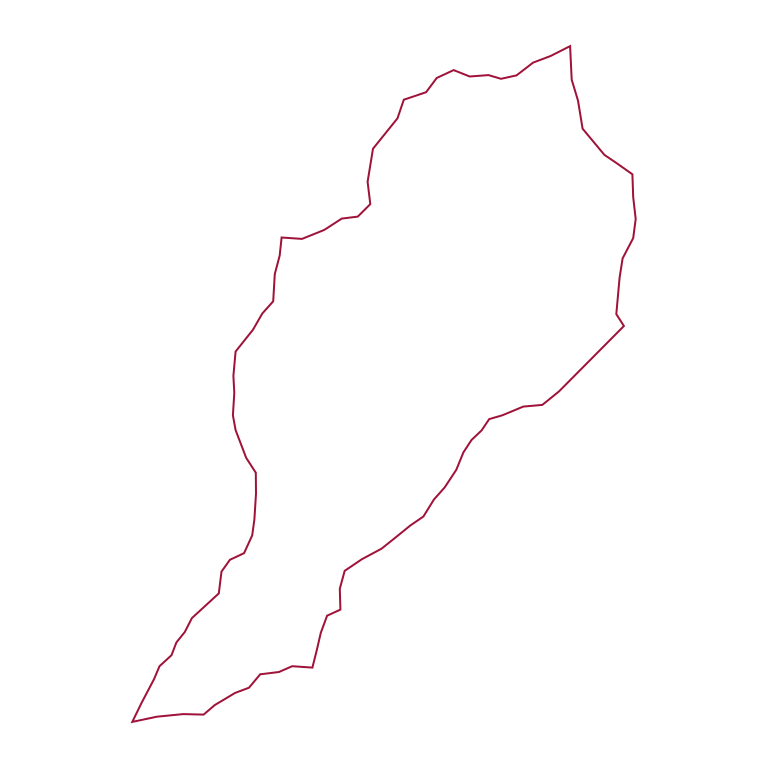 Santa Salete, São Paulo, Brazil
{"feature_id": "56859067B39961263989450", "entity_name": "Santa Salete", "entity_type": "district", "adm_level": 2, "iso_a3": "BRA", "parent_name": "Brazil", "parent_adm1": "São Paulo", "projection": "orthographic", "projection_center": [-50.728, -20.265], "detail": "fine", "context": "isolated", "style": "outline", "palette": "rose", "viewbox_px": 768, "rotation_deg": 0, "n_neighbors": 0, "source": "geoboundaries", "source_scale": "gbopen_adm2", "svg_char_len": 1231}
<svg xmlns="http://www.w3.org/2000/svg" viewBox="0 0 768 768"><path d="M281.6,237.5L279.7,255.5L274.8,274.0L273.2,301.3L262.3,313.5L253.0,329.7L235.6,351.5L233.4,375.9L234.3,393.0L232.9,415.3L235.6,430.1L246.2,457.9L255.8,472.7L256.0,493.6L254.4,519.4L252.2,535.4L244.1,553.1L229.9,559.8L221.5,571.6L218.8,593.4L191.9,618.1L184.8,632.0L176.4,642.4L171.5,655.2L159.5,666.2L154.1,679.0L141.6,702.8L132.3,721.9L156.8,716.7L183.2,714.1L203.6,714.6L214.7,705.1L235.1,692.9L249.0,687.7L260.2,674.3L278.9,672.0L292.2,666.2L312.4,667.6L316.7,650.5L320.8,632.8L327.1,615.7L340.4,609.6L339.8,588.7L344.7,570.8L361.9,559.2L381.5,548.7L396.4,536.8L410.3,525.5L423.4,516.5L434.0,499.4L444.6,487.5L456.3,469.8L463.4,452.4L471.5,440.0L481.6,430.4L489.2,419.1L502.3,415.3L523.2,406.6L542.3,404.9L558.9,391.5L623.9,326.0L616.3,314.1L619.6,277.6L622.6,258.4L633.2,238.1L635.7,219.0L633.2,197.2L632.4,174.3L616.4,163.0L604.4,154.9L582.6,128.7L578.0,100.6L571.7,79.7L570.1,46.1L550.8,55.9L533.1,62.6L516.5,75.4L501.0,78.8L488.5,75.1L469.7,76.5L453.6,70.1L436.7,78.0L426.1,92.2L403.8,99.7L397.5,118.3L373.0,148.7L367.6,181.8L370.3,204.1L357.8,216.6L341.7,218.6L324.3,229.9L302.0,238.9L281.6,237.5Z" fill="none" stroke="#9f1239" stroke-width="2"/></svg>